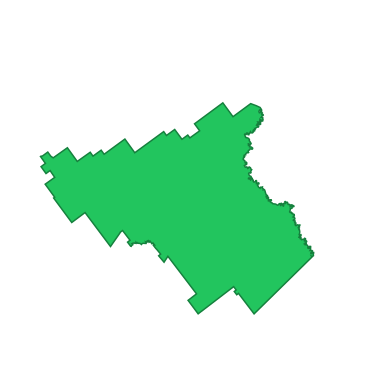 the district of Wentworth, New South Wales, Australia, rotated 226°
{"feature_id": "25037944B48452017149194", "entity_name": "Wentworth", "entity_type": "district", "adm_level": 2, "iso_a3": "AUS", "parent_name": "Australia", "parent_adm1": "New South Wales", "projection": "orthographic", "projection_center": [141.921, -33.671], "detail": "fine", "context": "isolated", "style": "filled", "palette": "green", "viewbox_px": 384, "rotation_deg": 226, "n_neighbors": 0, "source": "geoboundaries", "source_scale": "gbopen_adm2", "svg_char_len": 6058}
<svg xmlns="http://www.w3.org/2000/svg" viewBox="0 0 384 384"><g transform="rotate(226 192 192)"><path d="M310.4,133.1L313.0,115.9L315.9,115.3L320.9,116.0L321.8,109.4L322.7,108.2L322.8,107.7L314.4,106.4L315.1,101.0L306.7,99.8L306.0,104.8L297.9,103.4L299.6,91.8L283.6,89.6L283.8,88.3L253.6,84.3L251.5,100.8L209.4,95.5L212.7,112.3L212.9,112.4L212.5,115.3L200.4,113.9L200.7,110.8L195.7,110.2L195.2,110.5L195.5,110.9L195.3,111.1L195.4,112.0L195.2,112.8L196.0,113.0L196.0,113.4L196.5,113.2L196.3,113.8L195.4,115.1L194.6,115.3L194.3,116.2L194.6,116.6L193.8,116.4L193.8,117.3L193.1,117.2L192.9,117.6L192.4,117.7L192.0,118.2L190.7,119.1L189.4,119.1L189.5,120.0L189.2,121.1L186.9,123.2L187.1,123.6L188.3,124.0L187.6,124.3L187.8,125.2L187.2,124.9L187.2,125.5L186.8,125.8L187.6,126.0L187.4,126.9L186.1,126.8L185.6,126.4L185.5,126.7L186.1,127.4L185.7,127.7L185.3,127.2L185.1,127.6L182.7,127.2L182.5,128.5L180.4,128.3L180.9,128.0L180.7,127.2L176.2,126.7L175.7,126.8L169.1,126.3L169.3,123.7L160.9,123.1L162.5,130.0L115.6,124.5L116.8,113.9L100.1,111.8L95.0,156.2L90.8,155.7L91.1,153.3L87.0,152.8L86.8,155.0L61.2,152.0L61.9,233.2L62.9,233.4L62.0,233.8L61.8,235.1L62.6,235.8L63.3,236.1L63.5,237.1L64.0,237.5L64.3,237.2L64.0,236.5L64.8,236.0L64.8,234.9L65.2,234.7L65.9,235.6L65.5,236.5L65.8,237.7L66.4,237.7L66.8,237.2L67.7,236.9L68.0,236.4L68.3,237.5L68.7,237.9L69.9,237.8L70.0,238.1L69.7,238.8L70.4,239.5L70.9,239.2L71.2,238.7L71.0,237.6L70.1,237.2L70.8,236.4L71.5,236.5L72.1,237.6L73.4,238.0L74.1,237.9L75.0,237.2L75.0,237.7L75.6,237.9L75.7,237.0L76.5,236.8L76.3,237.4L76.6,237.9L75.6,238.4L75.9,238.6L76.5,238.5L76.6,240.0L77.1,240.3L77.8,240.2L78.3,239.1L78.6,239.0L78.7,239.9L79.0,240.7L79.6,241.2L80.5,240.9L80.5,240.3L79.9,239.7L80.4,239.6L80.4,239.1L81.1,238.8L81.3,238.1L81.6,237.6L82.1,237.6L82.6,238.0L83.2,237.6L83.2,238.4L83.8,239.0L84.6,238.6L84.7,237.9L85.1,237.5L85.7,238.9L85.1,240.0L85.2,240.6L85.7,240.7L86.1,239.6L86.9,239.5L87.8,241.1L89.2,242.5L90.7,242.8L90.6,243.4L90.9,243.6L92.5,243.5L92.6,243.9L92.1,244.9L92.4,245.2L93.0,245.0L93.3,245.2L93.1,245.9L93.2,246.6L93.9,246.2L94.0,245.6L95.3,244.9L95.5,243.4L96.5,243.3L96.9,243.5L97.0,244.5L97.5,245.2L97.8,245.1L97.6,244.4L98.7,244.6L99.4,246.0L99.8,246.0L100.8,245.2L101.3,245.2L101.5,245.7L101.1,246.9L101.2,247.4L102.2,247.9L103.8,247.3L103.7,249.0L104.8,249.9L105.2,249.8L105.4,249.1L106.9,249.6L107.3,249.4L107.4,248.9L108.5,249.4L108.9,249.1L109.0,248.4L109.9,248.4L111.3,251.0L112.0,251.4L110.9,252.5L111.0,253.0L112.0,254.0L111.9,254.4L110.8,254.9L110.8,255.3L111.2,255.6L113.5,254.9L113.7,254.2L113.2,253.1L113.5,252.6L113.9,252.8L114.5,253.6L114.8,253.7L115.7,253.3L116.1,252.5L116.7,252.6L117.3,253.1L118.3,253.5L118.7,253.1L118.9,252.1L119.5,252.6L120.2,252.6L120.5,252.2L120.4,251.7L119.2,251.5L118.9,251.0L119.2,250.4L120.1,249.9L120.2,249.2L119.8,248.5L118.7,248.6L118.4,248.4L118.3,248.0L118.6,247.8L119.4,248.3L120.3,247.6L121.1,248.5L121.7,248.5L121.9,248.2L121.9,247.7L121.0,246.5L121.4,246.5L121.9,247.2L122.6,247.2L123.0,246.6L122.8,245.4L123.0,244.4L125.2,243.8L127.4,242.0L128.4,242.1L129.0,241.7L130.3,241.4L130.6,241.7L130.8,243.3L131.4,243.6L132.4,242.5L132.0,241.2L132.6,240.8L134.0,242.3L134.6,242.1L135.2,241.5L135.5,241.6L135.5,241.9L134.6,242.6L134.7,243.0L135.1,243.3L135.6,243.2L137.1,242.1L137.2,242.4L136.8,243.5L137.0,243.8L137.3,243.8L137.9,243.2L138.3,243.6L139.4,243.7L139.9,244.2L140.7,244.4L141.7,245.1L143.2,245.7L144.1,244.7L144.4,245.5L145.8,245.2L146.7,246.2L147.1,245.4L147.8,244.7L147.4,243.6L149.3,243.2L150.2,243.7L151.1,243.6L151.8,244.9L151.4,245.9L152.2,246.3L152.7,245.9L152.8,244.5L153.3,244.1L155.0,246.1L155.7,246.1L155.9,245.7L155.6,244.9L155.7,244.2L156.0,243.6L156.4,243.3L157.1,243.4L157.9,244.3L158.5,244.0L159.9,244.8L160.8,244.8L161.0,244.4L160.2,243.8L159.9,242.5L161.2,242.6L162.3,241.8L162.7,242.2L162.7,242.6L161.9,243.2L161.4,244.1L161.5,244.9L162.2,245.3L163.4,244.8L164.7,244.9L165.9,245.5L166.1,246.4L165.8,246.8L165.1,247.1L164.9,247.8L165.1,248.1L166.1,248.6L166.6,250.5L167.6,250.3L168.8,250.9L170.2,250.6L170.4,250.3L170.1,249.1L170.2,248.5L172.0,248.9L172.5,247.9L173.0,247.6L174.7,248.1L174.0,250.2L174.7,250.2L174.4,250.8L174.7,251.6L175.9,251.7L176.2,250.8L176.4,250.7L177.8,251.7L179.8,251.4L180.7,252.4L180.6,253.0L180.8,254.5L181.2,254.6L181.5,254.0L182.2,255.0L182.2,255.5L181.4,256.4L182.2,257.4L182.2,259.0L181.3,259.4L181.1,260.2L182.1,260.5L182.7,261.4L182.3,262.6L182.6,263.3L182.6,263.8L181.0,265.0L181.0,265.6L181.4,266.1L183.0,266.0L184.4,264.8L185.0,265.8L186.2,264.9L187.5,266.0L187.3,266.2L186.4,266.1L186.0,266.6L185.6,267.6L186.0,268.4L187.0,268.1L187.7,268.7L189.1,268.8L189.7,269.6L190.6,269.9L192.1,269.7L193.6,268.6L194.1,268.5L194.6,269.0L195.3,269.0L196.8,269.7L196.9,270.5L196.1,270.4L195.7,270.9L195.9,271.8L196.4,272.4L196.3,272.6L195.8,272.8L194.4,272.1L193.7,272.6L193.9,273.0L194.8,272.7L195.1,272.9L195.0,273.2L194.1,273.6L194.4,275.1L194.7,275.7L193.7,275.4L192.5,276.6L192.5,276.9L193.0,277.1L192.6,277.6L192.6,278.0L193.4,278.4L192.6,279.3L192.5,279.6L192.8,279.9L193.8,279.7L193.7,280.3L193.3,280.8L194.1,281.2L193.4,281.8L193.8,282.6L193.4,284.0L192.7,284.6L192.7,285.2L192.9,285.5L193.7,285.2L194.5,285.4L195.2,284.9L195.6,286.2L194.7,286.1L194.5,286.5L193.7,287.0L193.3,287.7L193.2,288.6L194.2,289.2L194.5,288.2L195.0,287.7L196.6,288.0L195.9,288.6L195.7,289.4L194.7,290.5L195.3,291.0L196.5,290.6L197.1,291.4L194.2,291.8L194.0,292.4L194.4,292.8L195.0,292.5L194.9,293.5L195.8,294.0L196.2,294.5L197.1,294.2L197.7,293.6L197.8,294.4L198.1,295.0L197.7,296.0L197.8,296.7L198.3,296.9L199.6,296.1L199.9,296.6L200.0,297.5L201.4,297.6L202.1,298.6L202.5,298.6L202.8,298.3L202.1,297.3L201.8,295.8L202.3,295.5L203.4,296.0L203.7,296.5L204.1,297.7L203.5,298.5L202.7,298.8L202.9,299.2L205.5,299.7L209.4,298.2L214.8,295.6L217.7,273.8L234.7,276.1L239.3,241.2L230.7,240.0L232.4,228.1L235.9,228.5L236.9,221.4L249.0,223.0L250.4,212.9L255.1,213.6L260.0,178.1L276.7,180.5L280.2,155.0L285.2,155.7L286.6,145.7L291.3,146.4L293.7,130.7L310.4,133.1Z" fill="#22c55e" stroke="#15803d" stroke-width="1.5"/></g></svg>